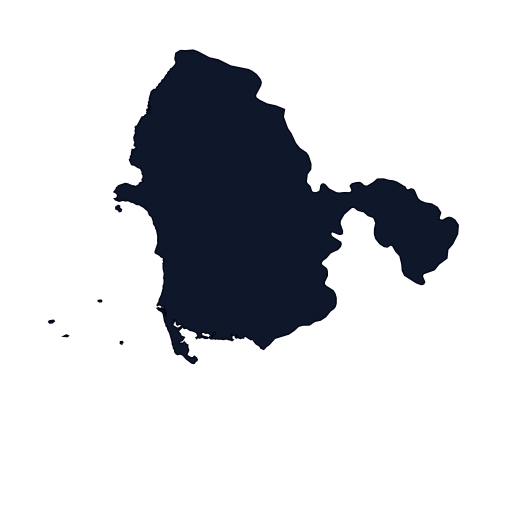 San Fernando de Monte Cristi, Monte Cristi, Dominican Republic (Natural Earth projection), rotated 298°
{"feature_id": "3306468B8968248816263", "entity_name": "San Fernando de Monte Cristi", "entity_type": "district", "adm_level": 2, "iso_a3": "DOM", "parent_name": "Dominican Republic", "parent_adm1": "Monte Cristi", "projection": "natural_earth1", "projection_center": [-71.673, 19.756], "detail": "fine", "context": "isolated", "style": "filled", "palette": "ink", "viewbox_px": 512, "rotation_deg": 298, "n_neighbors": 0, "source": "geoboundaries", "source_scale": "gbopen_adm2", "svg_char_len": 6103}
<svg xmlns="http://www.w3.org/2000/svg" viewBox="0 0 512 512"><g transform="rotate(298 256 256)"><path d="M381.1,414.5L381.4,411.2L380.8,408.5L379.1,406.6L375.2,404.2L374.1,401.4L375.5,399.6L380.9,398.7L384.0,393.3L384.3,386.7L382.1,380.3L381.7,375.2L382.6,371.7L387.7,365.4L388.5,363.7L388.0,361.4L385.8,359.6L385.2,358.2L385.4,357.1L386.7,355.5L387.2,345.8L386.6,341.9L384.9,337.5L383.9,332.7L380.9,327.2L376.0,325.3L369.7,321.5L368.6,318.5L369.6,314.6L369.4,312.8L367.6,310.0L364.8,307.0L362.2,306.3L359.4,309.8L358.4,310.2L356.8,309.9L355.5,308.7L353.5,304.5L350.3,299.7L349.4,297.0L349.3,288.7L351.3,283.5L351.2,281.6L350.4,280.7L348.8,280.3L344.2,281.9L342.5,281.7L339.6,279.0L338.7,275.9L339.4,274.3L342.6,271.2L343.9,267.0L344.9,265.5L352.5,262.6L358.2,263.5L363.0,261.2L368.9,255.1L370.5,251.9L371.4,244.0L374.0,237.9L380.4,229.5L383.3,223.9L391.6,214.7L398.7,212.3L397.7,203.0L395.3,194.5L395.0,186.0L395.7,181.4L397.9,179.9L408.6,179.9L411.8,179.0L413.9,176.6L416.3,171.2L417.1,165.9L417.0,161.9L411.8,144.5L411.4,130.6L408.9,121.6L408.9,108.5L408.2,103.8L404.2,97.7L401.9,92.8L397.4,90.1L392.0,91.9L389.2,94.9L386.4,94.9L382.1,93.7L381.1,92.8L378.8,93.1L377.6,92.2L376.0,92.2L375.3,92.8L373.8,91.9L368.4,91.6L367.2,90.6L364.9,91.0L362.3,89.8L361.0,89.8L360.5,90.4L358.5,89.2L356.0,89.5L355.0,87.6L351.9,86.5L345.0,88.0L343.0,89.2L341.5,88.9L339.7,90.1L338.2,90.0L336.7,91.3L336.7,92.2L338.7,91.6L338.4,92.5L334.4,93.9L333.4,94.9L331.6,94.9L331.6,94.0L332.3,93.0L335.7,93.0L335.7,92.2L334.4,91.0L333.6,91.0L332.9,92.2L331.4,92.2L330.8,93.1L329.8,93.1L328.0,91.9L327.0,92.2L325.0,90.1L314.6,90.1L314.3,89.2L313.0,88.9L312.5,89.8L309.5,90.7L308.5,91.9L303.4,92.5L300.6,94.6L300.1,95.9L296.8,96.4L296.3,97.0L296.6,98.2L295.3,99.4L292.7,98.5L292.0,96.7L288.1,97.9L287.1,98.8L285.1,98.4L283.3,99.4L281.6,99.1L278.3,103.3L279.2,106.0L278.8,110.2L279.2,112.9L276.7,116.3L275.2,116.9L274.2,118.7L272.2,119.6L269.9,119.6L268.4,121.4L265.8,119.0L264.0,119.3L260.7,117.2L260.5,115.1L259.7,113.8L259.7,111.7L259.2,111.1L259.5,109.3L258.7,106.6L253.6,101.8L252.9,101.5L251.8,102.1L251.1,100.8L249.3,101.2L246.0,100.6L246.0,103.0L245.0,105.4L241.7,106.0L240.2,104.2L239.7,105.4L239.7,106.6L240.4,106.9L240.4,107.8L239.9,107.5L240.2,109.6L242.7,112.1L243.5,115.1L245.0,117.1L245.0,120.2L245.7,122.6L245.5,126.2L246.7,129.4L246.3,131.6L246.5,133.3L245.0,139.7L242.2,142.7L241.7,145.7L238.4,149.3L236.3,150.5L234.8,153.6L233.6,154.2L232.5,156.0L227.3,160.2L222.4,162.6L221.9,163.4L212.2,165.0L211.5,165.9L211.5,170.7L210.7,172.5L211.0,174.9L210.2,175.8L208.7,176.1L208.2,177.3L205.4,177.6L204.9,178.6L204.1,178.5L201.0,180.3L197.5,183.4L192.9,185.1L192.4,186.0L187.8,188.1L186.1,188.1L183.8,189.4L177.4,190.9L171.8,191.2L171.3,191.8L166.2,191.8L166.0,192.4L167.3,192.9L167.7,193.9L167.8,198.7L166.2,199.9L165.8,201.1L164.7,201.1L163.4,203.5L161.4,204.1L162.7,202.0L164.7,200.8L164.7,199.6L165.5,199.3L166.0,197.8L166.0,196.8L165.3,196.8L165.0,197.5L164.0,197.2L164.5,194.4L163.5,193.3L162.7,195.4L162.7,199.0L161.4,201.4L155.6,205.9L153.0,209.2L152.3,209.2L151.3,211.6L150.0,212.5L147.2,216.4L140.4,222.8L139.1,223.3L137.5,225.4L136.0,226.3L135.0,228.2L133.2,229.4L132.2,231.5L132.2,233.0L134.0,235.1L134.2,238.1L132.5,242.6L131.4,249.2L131.7,251.0L132.5,251.9L134.7,251.9L135.5,252.8L136.8,252.8L138.0,251.3L138.5,248.6L136.8,248.3L135.5,246.5L135.8,242.0L136.8,241.1L141.1,240.8L143.4,238.4L145.4,237.5L145.2,236.3L146.4,233.0L144.6,232.7L144.1,231.2L142.9,230.3L143.1,229.4L144.9,228.8L146.9,230.6L150.5,230.9L150.0,227.6L151.8,225.4L152.3,223.3L154.0,222.7L157.1,223.9L158.4,223.6L158.1,222.7L156.1,221.8L155.1,219.7L155.6,215.2L156.3,214.6L159.9,214.6L160.7,213.1L161.2,213.1L161.4,214.9L160.9,216.1L158.6,217.9L158.1,219.1L159.9,220.3L160.2,223.3L159.1,223.9L158.4,226.6L159.9,228.8L159.4,233.0L160.1,234.2L160.6,239.3L158.4,242.3L157.1,242.3L155.8,241.4L155.3,242.3L156.8,242.9L157.1,244.7L159.1,246.5L159.4,249.8L160.6,251.9L161.4,251.9L161.4,251.3L160.1,245.6L162.2,243.8L164.2,245.0L164.2,248.0L165.5,249.5L165.5,251.4L164.5,254.0L166.0,254.6L168.0,254.0L169.5,255.5L169.5,256.1L168.0,256.7L167.3,255.5L163.7,255.2L162.9,254.3L163.0,253.1L161.9,253.1L161.7,255.2L163.4,257.9L163.7,259.4L164.7,260.3L165.0,262.1L165.7,262.7L167.0,266.4L169.0,268.8L169.5,271.8L170.1,272.1L170.0,274.5L171.3,275.1L171.6,273.6L172.4,272.6L173.3,272.7L175.1,270.9L175.1,273.0L175.7,273.2L176.9,276.0L176.6,277.5L175.9,277.2L175.1,275.6L174.4,276.3L174.4,277.1L175.6,278.4L175.9,281.1L177.0,281.7L177.7,283.5L179.4,283.2L180.3,284.4L179.7,290.7L180.7,291.9L180.7,293.1L180.0,293.7L178.4,297.6L178.4,300.6L177.9,302.4L177.0,303.3L177.2,306.6L180.8,307.5L184.1,309.2L192.2,311.2L202.5,321.5L208.0,324.4L214.0,326.5L217.0,329.7L220.2,335.5L225.9,338.5L229.7,343.0L235.1,346.0L242.2,347.3L246.0,349.2L248.5,349.6L251.6,349.0L256.5,346.4L259.6,343.5L261.5,340.4L262.1,332.0L263.0,329.5L265.2,328.5L272.1,328.2L276.3,325.8L277.8,324.1L278.9,318.0L280.2,316.8L283.1,316.7L287.5,318.8L293.7,320.1L300.4,325.1L303.8,326.0L306.4,325.6L307.8,324.3L308.5,314.6L309.2,312.7L310.9,311.2L312.7,311.3L313.5,312.3L314.2,319.2L315.3,321.0L316.5,321.6L318.6,320.6L323.7,315.1L326.7,313.7L334.0,313.9L343.3,317.3L344.6,318.5L345.2,320.1L344.3,324.5L345.8,330.6L344.4,336.1L345.2,340.7L344.9,342.5L341.3,346.5L335.7,348.0L330.8,350.5L327.7,353.6L325.0,359.7L324.6,364.7L325.6,367.7L329.0,369.5L329.3,371.8L325.7,377.5L323.8,383.0L317.4,388.6L311.8,392.2L308.8,396.3L307.7,410.1L308.4,415.4L310.0,417.1L312.2,417.1L315.6,412.8L317.2,412.0L319.1,412.1L327.6,419.9L334.7,421.2L343.7,425.5L351.8,422.2L358.8,423.8L370.0,423.6L378.2,420.0L381.1,414.5ZM235.9,110.6L233.3,109.3L231.8,110.2L232.0,113.0L231.0,114.4L232.0,115.7L233.8,115.4L234.3,112.9L236.1,112.0L235.9,110.6ZM101.7,104.1L100.5,103.9L100.0,105.4L101.5,107.6L103.8,108.4L104.1,107.2L101.7,104.1ZM97.2,125.6L94.9,124.0L96.4,127.4L97.4,127.7L97.2,125.6ZM116.7,176.6L115.2,177.3L115.2,178.8L116.0,178.5L117.0,179.1L117.7,178.2L116.7,176.6ZM142.6,137.6L142.2,137.8L142.1,139.4L143.1,140.9L143.9,140.8L144.2,139.7L142.6,137.6Z" fill="#0f172a" stroke="#020617" stroke-width="1.5"/></g></svg>